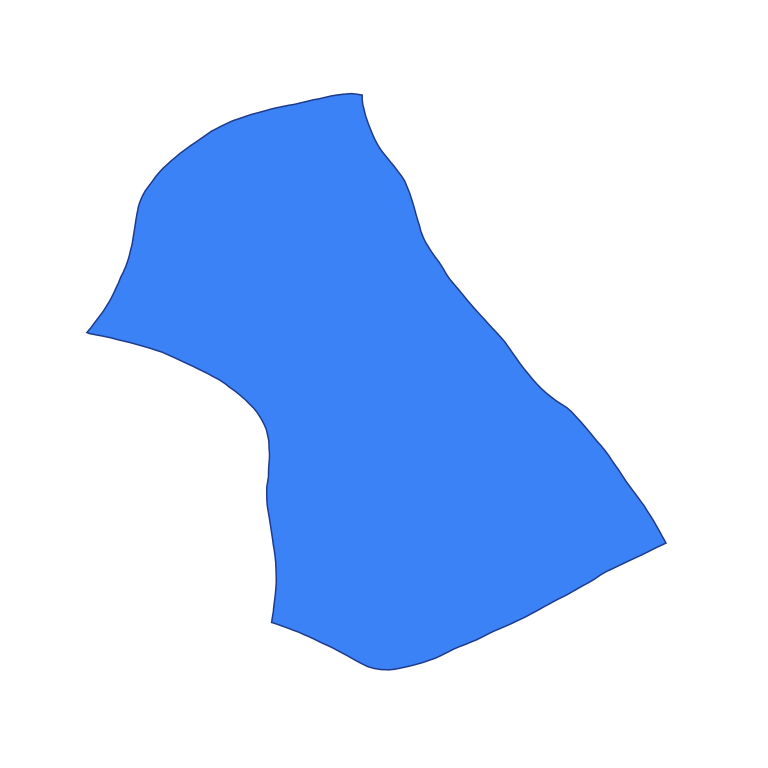 outline of Hajar As Say'ar, Hadramawt, Yemen, rotated 98°
{"feature_id": "15242507B41377814655385", "entity_name": "Hajar As Say'ar", "entity_type": "district", "adm_level": 2, "iso_a3": "YEM", "parent_name": "Yemen", "parent_adm1": "Hadramawt", "projection": "natural_earth1", "projection_center": [48.005, 16.297], "detail": "fine", "context": "isolated", "style": "filled", "palette": "blue", "viewbox_px": 768, "rotation_deg": 98, "n_neighbors": 0, "source": "geoboundaries", "source_scale": "gbopen_adm2", "svg_char_len": 5075}
<svg xmlns="http://www.w3.org/2000/svg" viewBox="0 0 768 768"><g transform="rotate(98 384 384)"><path d="M502.3,82.6L501.4,83.3L500.9,83.6L498.0,85.8L496.1,87.3L494.9,88.2L491.5,90.7L489.2,92.4L487.3,93.9L484.2,96.3L481.6,98.3L477.2,102.0L473.1,105.6L469.1,108.9L468.9,109.0L463.9,113.9L459.9,117.7L455.5,122.2L451.0,126.5L450.7,126.8L449.9,127.6L446.1,131.3L444.1,133.0L441.3,135.5L436.1,140.0L431.7,144.2L427.7,147.9L423.6,151.5L419.0,156.0L416.1,159.2L415.1,160.2L412.8,163.0L410.3,165.9L406.3,170.2L405.5,171.0L402.6,174.2L398.9,178.3L393.9,184.0L389.3,189.7L385.2,194.7L383.1,197.9L381.9,199.8L379.7,204.6L379.4,205.2L378.1,208.1L376.6,211.3L373.8,216.2L370.1,222.5L366.6,227.6L365.6,228.9L362.5,232.9L360.5,235.2L358.3,237.8L353.3,243.2L349.4,247.5L344.3,252.6L339.3,257.2L335.3,261.1L330.5,265.5L325.5,270.2L320.9,275.5L316.5,280.8L315.0,282.7L313.2,285.0L309.3,289.7L305.8,293.8L301.2,299.5L296.4,305.2L292.9,309.2L288.6,314.1L284.0,319.0L283.5,319.6L279.4,324.0L277.2,326.6L275.5,328.5L270.9,333.6L266.9,337.2L265.5,338.3L260.7,342.1L257.2,345.1L255.3,346.7L255.1,347.0L251.1,351.0L246.5,355.3L241.5,359.5L237.0,363.2L232.6,366.0L230.2,367.3L227.6,368.8L222.5,370.8L218.8,372.6L217.6,373.2L212.5,375.5L210.0,376.6L206.8,377.9L203.9,379.2L201.4,380.3L200.4,380.8L196.4,382.7L193.2,384.3L191.5,385.1L185.3,388.7L179.8,391.9L179.4,392.3L175.6,395.6L170.6,400.7L166.7,404.5L164.0,407.6L162.7,409.0L161.0,410.8L158.1,413.9L153.1,419.2L153.0,419.3L148.4,423.2L143.2,427.0L138.6,429.9L132.1,433.7L128.3,435.8L126.2,436.9L121.1,439.5L118.6,440.5L115.5,441.7L110.2,443.9L109.8,444.0L105.2,445.2L101.6,445.7L100.9,445.8L100.8,451.0L100.8,451.8L100.9,456.7L101.1,457.3L101.8,460.6L102.6,464.2L103.2,466.4L104.4,471.0L105.6,474.8L106.1,476.4L108.6,482.8L109.0,483.9L110.7,488.2L112.4,493.6L114.9,499.8L115.0,500.1L117.2,505.6L119.6,511.8L120.3,514.0L121.5,518.0L124.0,524.8L125.4,528.8L125.9,530.2L127.6,534.4L128.0,535.4L129.2,538.0L130.7,541.4L131.2,542.7L133.0,546.8L134.9,551.4L135.6,553.0L138.4,558.6L141.6,564.9L144.3,570.3L147.6,575.5L148.1,576.2L150.8,580.4L154.4,585.4L156.1,587.8L157.6,590.0L160.1,592.6L161.7,594.4L166.0,599.0L170.5,603.8L175.1,609.0L178.9,612.8L183.5,617.6L188.0,621.6L191.2,624.5L192.1,625.4L196.4,628.9L198.5,630.6L200.9,632.7L205.4,635.8L208.5,637.8L210.8,639.2L215.5,641.6L219.6,643.9L221.1,644.7L225.9,647.3L229.3,648.6L230.8,649.2L231.5,649.4L236.2,650.7L241.6,651.8L244.8,652.0L247.1,652.1L249.7,652.3L252.7,652.4L256.2,652.5L259.4,652.5L261.2,652.6L264.5,652.6L270.1,652.7L275.9,652.8L281.3,652.9L284.3,653.3L286.7,653.6L292.5,654.1L294.8,654.4L298.2,655.0L300.2,655.4L303.8,656.1L307.5,657.2L309.2,657.6L314.9,659.6L320.4,660.9L321.2,661.1L325.2,662.4L326.8,662.9L330.3,663.9L334.3,665.2L335.2,665.5L340.4,667.4L343.2,668.7L345.6,669.7L351.0,672.1L355.1,674.4L357.5,675.7L363.2,678.9L368.3,681.6L369.4,682.3L374.4,685.4L375.0,683.2L375.4,676.4L375.7,669.4L376.2,661.8L377.2,653.4L377.6,649.1L378.2,642.4L379.3,634.0L380.0,628.7L380.1,628.1L380.9,622.1L382.3,614.5L382.8,611.5L383.4,607.9L385.0,602.4L386.9,596.0L388.0,592.2L389.0,589.1L391.2,581.9L393.3,574.9L395.4,568.8L398.1,560.4L400.7,553.6L402.6,548.1L405.7,541.6L408.9,536.1L412.1,529.9L412.5,529.3L415.2,524.8L417.7,521.0L418.6,519.5L422.1,515.0L422.8,514.0L426.1,509.6L430.0,505.5L435.7,500.7L438.4,498.7L440.8,497.0L445.4,494.2L448.8,492.9L451.4,491.9L454.0,491.0L456.5,490.1L462.1,489.1L463.1,489.0L468.5,487.8L471.2,487.4L473.8,487.1L479.4,486.8L484.7,486.4L490.5,485.7L491.8,485.5L494.5,485.6L497.6,485.6L499.1,485.7L502.6,485.7L504.6,485.5L509.5,484.8L515.0,483.9L521.0,482.6L526.4,480.9L527.9,480.4L533.0,478.8L537.9,477.3L545.2,475.1L546.3,474.8L552.3,473.0L554.0,472.5L558.5,471.3L563.4,469.7L568.9,468.1L575.8,466.4L582.9,465.1L589.4,464.0L592.5,463.5L595.4,463.1L602.0,462.6L606.0,462.4L609.2,462.3L617.2,462.2L621.4,462.1L624.6,461.9L630.6,462.1L635.8,462.1L635.9,461.4L635.9,461.1L636.4,458.4L637.1,454.8L638.5,448.0L639.4,443.9L640.2,440.8L641.6,434.0L642.4,431.3L643.3,428.5L644.8,422.6L646.7,416.6L648.8,410.5L649.5,408.1L650.9,403.1L652.8,397.2L655.5,389.8L657.4,384.7L657.7,383.7L660.2,377.5L662.3,372.0L664.2,366.7L666.2,360.6L667.1,353.8L667.2,347.9L667.2,346.8L666.9,344.6L666.4,339.4L664.9,333.4L663.4,329.1L662.9,327.8L660.8,322.0L657.9,314.7L657.3,313.5L654.7,307.4L653.1,304.2L651.5,301.2L649.3,296.8L648.4,295.0L644.1,288.5L640.9,283.9L638.5,280.4L637.5,279.1L636.3,277.2L634.0,273.5L630.8,267.6L628.3,263.4L628.0,262.9L627.4,261.9L624.5,256.8L623.3,255.0L620.5,251.0L616.8,245.8L613.6,241.0L612.2,238.7L609.7,234.5L605.8,228.1L603.4,224.2L602.5,222.9L599.4,218.3L596.0,213.0L595.0,211.6L594.4,210.7L590.9,206.0L587.2,200.9L582.4,194.7L579.2,190.3L577.2,187.6L575.8,185.7L573.1,182.0L571.5,179.7L568.0,174.5L565.3,170.9L564.6,170.1L559.6,163.6L556.2,159.2L551.4,152.7L549.4,150.2L547.5,147.9L543.0,143.1L538.9,137.9L535.2,132.2L535.0,131.9L531.5,126.6L527.9,121.2L525.0,116.8L524.9,116.6L523.9,115.1L521.0,110.6L518.2,106.3L517.3,104.7L516.6,103.8L512.5,97.9L508.0,91.4L503.9,85.1L502.3,82.6Z" fill="#3b82f6" stroke="#1e3a8a" stroke-width="1.5"/></g></svg>